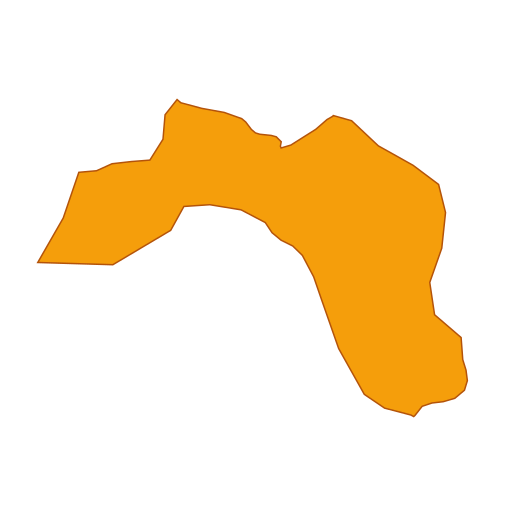 the border of Qax, rotated 93°
{"feature_id": "AZE-1726", "entity_name": "Qax", "entity_type": "District", "adm_level": 1, "iso_a3": "AZE", "parent_name": "Azerbaijan", "parent_adm1": "", "projection": "robinson", "projection_center": [46.846, 41.24], "detail": "fine", "context": "isolated", "style": "filled", "palette": "amber", "viewbox_px": 512, "rotation_deg": 93, "n_neighbors": 0, "source": "natural_earth", "source_scale": "10m", "svg_char_len": 920}
<svg xmlns="http://www.w3.org/2000/svg" viewBox="0 0 512 512"><g transform="rotate(93 256 256)"><path d="M369.4,38.4L379.1,40.8L387.7,50.0L391.7,61.4L393.6,72.6L397.4,82.2L406.9,88.9L408.1,90.1L406.7,93.0L401.2,119.6L388.5,140.6L344.1,168.6L295.8,188.4L273.8,197.3L253.0,209.7L244.1,219.8L238.9,231.8L231.9,241.2L222.1,248.5L210.7,273.3L207.2,304.8L210.3,330.6L234.8,342.5L272.2,398.5L273.9,473.6L228.2,450.5L181.7,437.3L179.2,419.7L171.4,404.6L168.2,385.4L165.8,367.0L144.3,355.0L119.7,354.2L103.9,343.0L106.9,339.1L111.4,317.9L114.3,295.2L119.6,277.4L122.7,273.3L129.9,267.2L133.1,263.0L134.2,258.6L134.8,247.1L135.9,242.0L140.6,236.8L145.1,237.4L146.8,236.6L143.4,227.0L126.4,203.0L116.0,192.2L112.4,186.6L111.7,186.2L115.9,167.6L139.6,139.6L157.2,103.9L175.0,77.4L202.7,69.0L238.5,70.9L273.3,81.1L305.3,74.6L326.7,46.9L348.7,44.1L359.0,40.3L369.4,38.4Z" fill="#f59e0b" stroke="#b45309" stroke-width="1.5"/></g></svg>